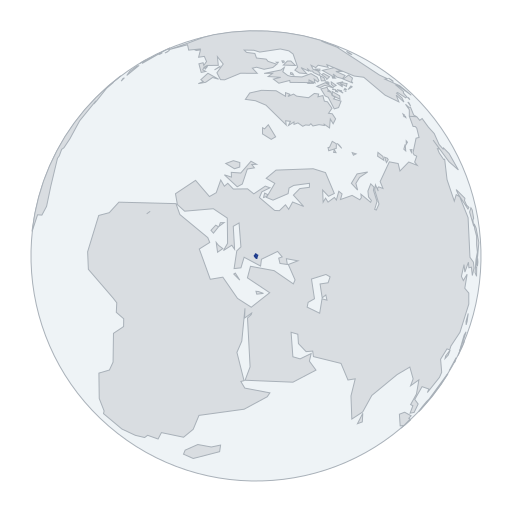 the Earth from above Stara Zagora, rotated 38°
{"feature_id": "BGR-2233", "entity_name": "Stara Zagora", "entity_type": "Province", "adm_level": 1, "iso_a3": "BGR", "parent_name": "Bulgaria", "parent_adm1": "", "projection": "orthographic", "projection_center": [25.503, 42.404], "detail": "fine", "context": "on_globe", "style": "filled", "palette": "blue", "viewbox_px": 512, "rotation_deg": 38, "n_neighbors": 0, "source": "natural_earth", "source_scale": "10m", "svg_char_len": 11316}
<svg xmlns="http://www.w3.org/2000/svg" viewBox="0 0 512 512"><g transform="rotate(38 256 256)"><circle cx="256" cy="256" r="225" fill="#eef3f6" stroke="#a8b0b8"/><path d="M174.3,46.1L181.3,44.1L174.9,46.4L178.4,45.6L186.7,43.0L191.3,41.6L214.5,39.6L241.9,37.4L250.4,35.4L248.7,37.3L264.6,33.3L279.4,33.7L262.8,34.3L261.2,35.2L271.2,35.6L271.7,36.7L276.9,37.8L276.6,39.2L266.9,40.0L266.5,41.2L273.6,41.5L277.8,43.6L267.4,42.9L273.7,46.6L258.6,49.8L230.9,48.8L222.6,53.7L194.1,61.6L196.7,62.9L187.5,67.4L187.1,70.8L182.0,71.8L186.1,73.7L190.9,72.2L194.3,72.7L194.6,74.7L188.0,76.1L186.9,75.3L185.1,76.8L181.7,76.8L183.5,77.9L175.5,79.8L183.7,81.1L177.5,85.1L172.2,85.6L172.5,81.5L160.9,74.0L155.6,74.1L147.7,77.9L133.4,93.0L127.6,95.2L119.9,101.0L123.2,101.4L130.4,97.1L134.5,99.7L142.8,94.6L145.7,95.2L154.3,92.1L153.2,97.1L147.4,103.9L140.2,106.9L137.5,110.2L144.5,111.3L131.3,121.5L122.8,136.5L119.4,138.9L112.4,135.7L112.0,124.9L102.9,122.7L108.9,129.0L100.2,135.9L98.8,139.3L99.4,142.1L102.8,141.5L99.8,145.1L92.7,139.7L95.3,136.3L97.5,137.9L97.3,133.2L92.4,130.5L88.4,134.7L85.4,127.8L82.4,130.8L80.2,131.4L85.0,126.8L76.2,135.2L72.0,131.7L60.0,147.5L71.6,129.7L75.7,122.9L79.6,116.7L77.6,119.1L85.5,108.9L86.1,108.0L98.6,94.8L112.1,82.7L126.5,71.7L141.7,61.9L157.7,53.3L174.3,46.1ZM38.5,197.2L37.8,201.4L35.3,211.0L36.8,206.9L35.0,215.9L34.9,231.9L34.3,232.8L33.8,258.0L37.2,278.4L38.0,289.0L37.2,291.6L39.3,298.2L39.4,301.2L51.3,327.3L60.4,345.8L62.1,355.6L58.5,358.0L64.4,374.5L63.4,372.9L55.4,358.4L48.4,343.4L42.5,327.9L37.8,312.0L34.3,295.8L31.9,279.4L30.8,262.8L30.9,246.3L32.3,229.7L34.8,213.3L38.5,197.2ZM56.9,151.9L47.7,174.4L49.8,166.7L49.9,167.0L53.0,160.1L57.5,150.3L60.2,144.7L56.9,151.9ZM60.0,150.3L61.3,147.1L60.4,149.6L60.0,150.3ZM193.2,40.9L186.8,42.9L179.2,45.1L184.5,43.2L193.2,40.9ZM207.8,38.2L204.9,39.1L201.3,39.0L204.1,38.5L207.8,38.2ZM256.4,34.1L251.0,34.2L256.0,33.7L256.4,34.1ZM277.6,37.7L279.0,37.4L281.1,38.1L277.6,37.7ZM154.3,89.6L154.3,90.8L152.7,90.8L154.3,89.6ZM158.1,87.2L156.3,86.3L157.8,85.1L158.9,85.7L158.1,87.2ZM282.5,41.2L285.5,42.7L280.8,41.2L282.5,41.2ZM160.0,88.7L160.7,83.0L163.4,80.9L169.8,81.6L160.0,88.7ZM286.1,43.6L293.4,47.8L297.0,47.3L290.8,51.5L286.7,46.3L280.4,44.4L285.0,44.7L286.1,43.6ZM192.4,70.9L187.2,72.6L191.3,69.4L192.4,70.9ZM194.1,68.8L201.7,59.4L209.4,58.2L205.3,61.4L215.0,58.9L215.0,62.9L209.7,65.2L204.7,65.1L208.5,66.8L194.1,68.8ZM286.2,53.5L286.5,54.8L284.4,53.6L286.2,53.5ZM196.0,72.6L196.9,70.6L203.6,69.5L203.1,73.2L201.1,72.4L196.0,72.6ZM217.6,56.4L222.5,56.4L223.8,59.6L225.9,60.1L215.7,62.9L217.6,56.4ZM199.7,73.7L202.7,75.2L199.7,77.7L195.7,74.5L199.7,73.7ZM205.5,67.7L208.7,67.3L206.8,68.7L205.5,67.7ZM190.9,87.9L191.7,85.3L195.3,84.3L190.9,87.9ZM204.0,75.7L205.0,74.8L206.5,74.3L207.8,75.8L204.0,75.7ZM217.3,65.1L216.9,66.6L221.6,64.1L222.8,66.7L215.7,68.2L219.3,68.7L219.7,69.5L213.5,69.9L217.3,65.1ZM213.7,75.8L205.1,79.1L202.7,84.1L199.5,84.9L203.9,76.8L213.7,75.8ZM214.1,72.2L213.1,74.6L209.6,74.3L208.1,72.5L214.1,72.2ZM226.1,68.0L226.1,63.6L227.6,63.5L226.1,68.0ZM213.7,77.2L215.7,76.5L213.9,77.6L213.7,77.2ZM223.1,70.8L222.9,69.2L224.6,69.1L223.1,70.8ZM220.0,76.3L217.3,77.3L216.2,76.1L220.0,76.3ZM222.0,73.8L224.4,74.0L217.4,75.0L221.6,73.1L222.0,73.8ZM224.8,70.9L225.7,70.3L224.6,71.6L224.8,70.9ZM225.7,80.8L217.2,82.3L214.8,79.4L223.4,78.3L225.7,80.8ZM120.7,356.3L107.1,320.9L113.7,312.2L114.8,298.0L160.7,264.0L170.5,270.2L206.7,271.2L211.2,273.8L207.0,285.4L234.3,302.5L242.9,293.1L267.5,300.8L283.8,299.3L289.4,276.5L262.7,278.5L258.0,267.5L279.3,256.4L302.6,255.0L301.5,250.8L286.7,242.8L292.0,234.0L281.6,239.4L285.9,243.4L279.5,247.1L275.2,243.7L277.2,240.6L270.2,239.1L262.3,255.2L265.8,261.1L247.4,264.3L251.4,274.6L246.5,279.4L237.7,263.8L238.5,258.1L222.3,240.4L219.8,246.6L235.0,263.9L230.3,262.4L227.0,271.7L225.8,263.5L210.0,243.8L193.3,245.0L172.2,264.6L162.4,263.9L154.2,256.5L161.8,233.6L182.7,237.8L185.7,230.6L181.4,217.8L188.1,220.5L189.0,216.1L196.9,217.2L208.0,208.3L216.0,208.4L220.3,195.2L225.0,193.7L221.1,201.8L222.7,207.8L242.7,208.6L246.5,205.9L247.7,197.5L253.0,199.1L251.6,190.9L263.1,187.6L248.0,185.0L249.0,175.9L255.8,169.0L253.4,165.8L242.3,177.1L240.2,182.1L242.9,187.1L235.0,201.5L228.2,203.4L226.1,187.2L216.2,188.5L218.9,176.0L247.4,152.0L259.4,147.5L279.2,158.5L276.4,164.3L267.9,163.0L275.8,172.3L275.2,167.6L279.6,169.2L281.7,161.6L284.9,162.4L281.4,154.0L285.6,154.1L287.8,159.5L294.4,149.1L303.2,147.8L303.1,145.2L300.6,142.7L313.3,143.1L312.7,141.2L308.3,140.2L304.2,135.9L302.0,128.5L306.6,129.1L308.0,131.8L317.8,138.6L320.8,146.2L322.5,145.7L320.9,139.3L308.9,130.9L306.3,126.4L312.4,129.6L310.0,128.0L310.1,126.0L314.5,124.6L308.0,120.9L303.1,99.7L311.1,95.6L317.1,100.4L318.5,87.9L327.3,85.3L323.2,84.3L321.2,78.4L318.3,79.0L316.2,78.1L309.6,64.6L311.5,62.2L304.0,56.3L301.9,55.9L300.0,57.2L290.8,51.5L297.0,47.3L301.5,48.3L302.3,45.4L312.4,48.3L321.1,49.8L331.6,55.4L337.6,56.5L337.2,55.4L345.1,56.4L362.5,63.6L350.0,62.9L324.2,55.6L334.9,58.7L332.9,59.7L337.0,62.0L344.5,64.4L345.1,63.6L359.5,78.2L378.5,90.7L376.0,84.4L380.1,83.9L399.5,95.2L425.4,125.3L431.1,127.0L435.2,131.2L438.5,138.2L432.6,132.2L431.0,134.2L427.2,130.1L430.5,140.1L425.2,134.7L430.4,145.6L434.5,147.7L433.6,140.4L440.4,152.9L446.5,154.2L453.3,162.9L463.7,190.6L465.0,206.9L466.4,210.7L463.7,211.6L465.0,223.7L473.9,233.3L475.3,238.7L475.1,258.1L474.2,254.4L467.3,256.7L469.4,271.3L474.9,272.8L476.9,281.9L474.2,285.0L471.8,277.4L469.3,277.9L467.4,265.9L460.6,253.3L457.7,263.1L455.5,256.1L445.6,248.8L440.2,262.6L433.1,294.6L436.1,313.2L431.9,325.5L417.0,307.8L409.8,291.7L404.8,297.1L389.1,288.3L363.2,299.9L359.2,296.0L354.4,300.5L343.4,298.9L337.1,291.9L330.6,294.5L347.1,312.7L354.1,309.9L359.5,298.9L362.8,306.0L373.5,309.0L362.8,332.7L323.9,360.6L319.6,347.0L287.5,310.1L288.3,305.1L288.1,304.5L287.7,303.6L285.2,311.9L279.5,304.0L297.2,331.8L300.3,343.7L323.3,361.6L321.3,364.2L328.5,367.0L351.2,355.3L351.5,360.0L341.0,384.0L309.2,416.7L313.2,431.2L310.5,443.4L290.2,453.4L291.5,460.5L281.0,464.0L280.0,467.6L271.3,471.6L256.9,474.9L232.9,474.1L231.7,471.6L220.2,464.8L204.3,445.0L210.7,436.1L208.7,427.6L191.3,404.7L195.1,393.1L190.4,386.9L180.6,386.4L175.1,378.6L169.2,377.1L132.1,369.7L120.7,356.3ZM145.1,285.9L143.9,290.1L145.1,285.9ZM327.8,264.8L341.4,261.9L334.4,249.1L339.1,247.1L335.0,243.7L333.9,248.2L323.7,238.6L329.3,232.7L327.2,226.8L322.5,227.5L313.9,240.0L328.4,253.7L325.6,260.4L327.8,264.8ZM34.9,232.3L34.6,236.1L34.4,233.5L34.9,232.3ZM48.4,169.2L47.2,172.5L46.1,175.6L46.6,173.6L48.4,169.2ZM42.6,196.6L42.1,201.2L41.9,198.0L42.6,196.6ZM46.6,177.7L43.0,193.3L42.8,188.3L45.4,178.7L44.6,183.1L46.6,177.7ZM57.1,153.6L56.0,156.2L55.3,157.2L57.1,153.6ZM59.3,152.1L59.5,151.5L60.7,149.3L59.3,152.1ZM100.6,136.2L101.1,136.8L100.9,140.0L99.5,139.4L100.6,136.2ZM109.4,150.1L104.4,155.7L107.0,151.0L104.0,151.0L105.6,141.6L117.7,139.7L111.9,142.1L109.4,150.1ZM111.1,129.2L108.7,134.9L110.8,128.8L111.1,129.2ZM185.7,192.3L188.4,195.9L185.3,200.5L175.2,201.7L179.5,194.8L185.7,192.3ZM192.9,200.0L193.7,184.4L200.0,183.4L196.3,186.5L200.5,187.5L195.6,192.8L200.9,207.7L198.6,213.0L181.1,211.5L188.1,208.9L185.0,205.3L192.9,200.0ZM184.5,150.5L184.9,145.0L198.1,150.0L196.2,154.7L186.0,155.8L182.2,150.9L184.5,150.5ZM171.1,91.5L170.4,90.0L172.2,89.4L174.3,90.3L171.1,91.5ZM191.0,86.7L176.0,98.2L174.5,96.9L167.6,105.8L160.8,105.9L165.5,100.0L155.1,107.1L156.6,101.8L150.0,107.1L161.2,94.0L162.2,89.9L163.7,94.3L169.9,94.2L172.9,93.0L182.0,86.6L187.1,78.4L194.1,77.5L197.6,79.0L197.5,80.8L193.0,80.8L196.0,83.3L189.4,84.6L191.0,86.7ZM235.4,104.3L230.2,102.3L235.1,109.8L228.6,110.2L229.5,111.1L224.8,113.7L220.8,118.5L217.8,118.0L217.5,120.2L214.4,122.2L213.0,125.0L207.1,125.3L204.9,128.9L203.4,127.0L201.2,133.2L200.2,128.7L196.1,131.2L199.2,134.2L171.0,131.0L159.9,134.0L151.2,139.1L150.7,131.4L158.4,122.0L170.1,113.4L180.9,112.0L178.7,109.1L183.1,107.7L183.0,110.6L185.9,105.3L189.6,105.0L200.0,98.9L201.9,92.0L205.7,89.8L206.8,92.4L209.9,88.4L214.5,91.9L217.4,90.5L224.9,92.8L225.3,98.9L228.5,97.0L234.3,98.9L235.4,104.3ZM227.7,81.6L229.7,88.2L227.1,91.9L215.2,86.5L212.0,87.3L204.3,84.4L208.2,79.3L210.1,80.5L212.8,80.5L210.5,82.1L214.3,80.9L217.0,82.6L220.7,82.2L220.4,84.4L227.7,81.6ZM216.3,269.8L219.8,270.7L225.3,270.6L223.4,276.7L216.3,269.8ZM205.3,256.5L208.5,256.1L208.4,264.2L204.7,263.5L205.3,256.5ZM210.3,249.3L208.6,255.5L207.4,251.7L210.3,249.3ZM224.1,201.1L227.5,200.4L227.8,202.4L225.9,205.3L224.1,201.1ZM248.5,128.3L246.0,126.2L247.0,125.1L245.5,118.7L250.2,118.1L253.0,121.8L248.5,128.3ZM284.9,280.9L280.1,285.6L277.7,283.8L279.8,282.5L284.9,280.9ZM250.2,282.2L258.1,285.0L249.6,283.9L250.2,282.2ZM253.4,126.6L252.2,124.0L255.4,125.3L253.4,126.6ZM253.6,117.4L257.3,118.4L250.6,117.3L253.6,117.4ZM347.8,432.6L331.2,454.2L320.9,456.8L319.7,452.6L326.2,440.4L338.4,434.0L344.5,426.8L347.8,432.6ZM477.5,297.3L477.4,297.4L476.2,302.4L477.0,297.9L478.7,289.7L477.5,297.3ZM476.9,298.4L474.2,301.1L466.4,292.4L469.3,287.6L476.6,286.4L476.3,289.8L477.9,289.6L476.9,298.4ZM480.5,274.7L480.5,275.2L480.0,278.5L479.8,272.1L480.0,265.6L480.5,262.1L479.5,231.7L479.8,230.6L480.8,241.8L480.9,242.5L481.3,258.6L480.5,274.7ZM437.0,314.2L441.9,321.3L439.2,325.7L437.0,314.2ZM476.9,214.6L478.8,227.4L476.3,212.8L476.9,214.6ZM474.0,202.7L475.1,205.9L474.3,204.8L474.0,202.7ZM468.5,215.7L468.1,220.4L467.0,218.0L466.9,210.6L468.5,215.7ZM458.6,170.6L462.7,177.7L464.0,180.9L461.8,178.3L458.6,170.6ZM292.3,121.0L289.2,130.3L290.0,137.3L295.5,141.5L286.4,140.0L285.1,129.1L292.3,121.0ZM301.3,102.1L296.5,99.0L299.4,98.1L300.9,98.7L301.3,102.1ZM297.8,101.9L290.4,102.5L288.3,99.3L294.6,99.4L297.8,101.9ZM272.0,113.9L270.7,116.6L268.2,115.3L272.0,113.9ZM477.9,217.2L478.1,218.3L477.6,215.2L477.9,217.2ZM475.2,204.3L476.5,210.0L474.5,201.4L475.2,204.3ZM476.1,208.9L475.1,205.2L474.7,202.9L476.1,208.9ZM473.7,198.0L474.9,202.6L472.7,194.8L473.6,197.5L473.7,198.0ZM472.3,197.3L473.5,197.8L473.8,203.0L468.7,190.1L468.2,186.4L472.3,197.3ZM436.8,127.7L434.1,125.2L432.1,121.4L434.6,124.2L436.8,127.7ZM423.3,108.2L430.7,119.6L436.2,129.6L436.8,128.9L442.3,136.2L438.8,134.2L431.4,123.1L428.1,116.7L423.0,111.4L417.8,104.7L411.9,100.2L408.1,96.3L412.4,98.6L423.3,108.2ZM409.4,98.6L397.2,89.8L395.7,85.7L398.0,86.6L404.3,92.3L404.7,94.1L409.4,98.6ZM393.8,86.6L394.1,88.5L376.8,82.6L372.8,80.4L385.1,81.9L386.1,83.9L390.6,86.3L393.8,86.6ZM288.9,54.7L286.8,54.8L287.8,53.9L288.9,54.7ZM314.7,78.7L312.0,77.3L313.4,76.1L314.7,78.7ZM305.3,73.1L305.6,75.4L303.4,72.7L305.3,73.1ZM306.7,80.8L304.8,76.2L309.3,81.0L306.7,80.8Z" fill="#d9dde1" stroke="#a8b0b8" stroke-width="1"/><path d="M254.9,255.6L254.7,255.5L254.6,255.4L254.5,255.2L254.6,254.8L254.6,254.6L254.9,254.6L255.0,254.6L255.3,254.7L255.5,254.6L255.8,254.7L256.0,254.6L256.3,254.6L256.5,254.6L256.8,254.5L256.9,254.8L257.0,255.1L257.1,255.4L257.0,255.5L257.1,255.8L257.2,256.0L257.3,256.3L257.4,256.5L257.4,256.8L257.5,257.0L257.8,257.0L257.9,257.3L257.7,257.4L257.6,257.5L257.5,257.4L257.3,257.2L257.1,257.1L256.9,257.3L256.7,257.3L256.7,257.2L256.4,257.1L256.4,256.9L256.1,256.9L255.9,256.9L255.9,257.1L255.7,257.2L255.4,257.0L255.3,256.9L255.2,256.9L255.0,257.0L254.9,256.9L254.7,256.7L254.8,256.6L255.0,256.5L254.9,256.3L254.9,256.2L255.0,256.0L255.1,255.9L255.1,255.7L254.9,255.6Z" fill="#3b82f6" stroke="#1e3a8a" stroke-width="1.5"/></g></svg>